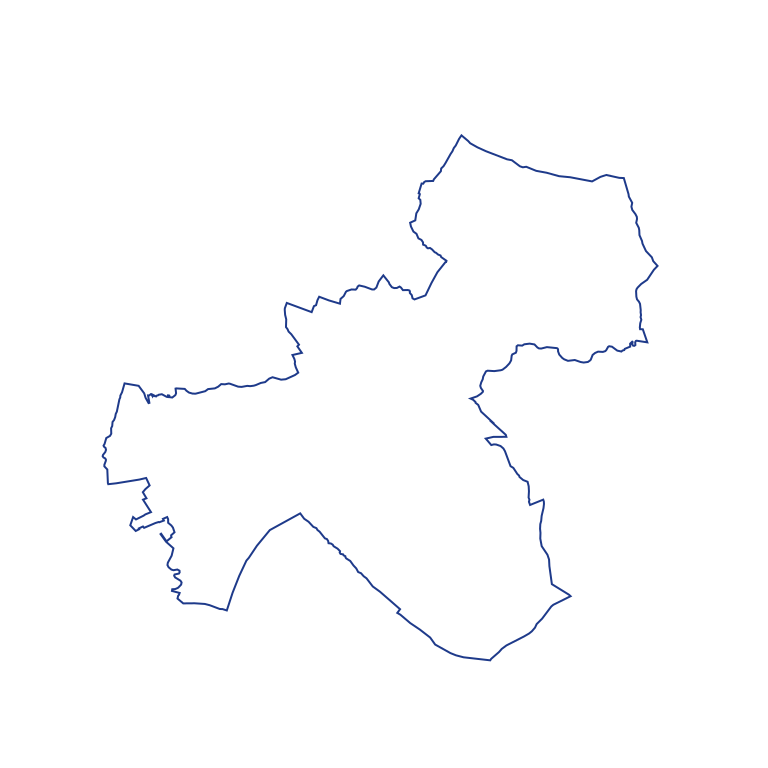 outline of Gherla, Cluj, Romania, rotated 199°
{"feature_id": "2599482B28872451639658", "entity_name": "Gherla", "entity_type": "district", "adm_level": 2, "iso_a3": "ROU", "parent_name": "Romania", "parent_adm1": "Cluj", "projection": "robinson", "projection_center": [23.886, 47.009], "detail": "fine", "context": "isolated", "style": "outline", "palette": "blue", "viewbox_px": 768, "rotation_deg": 199, "n_neighbors": 0, "source": "geoboundaries", "source_scale": "gbopen_adm2", "svg_char_len": 6166}
<svg xmlns="http://www.w3.org/2000/svg" viewBox="0 0 768 768"><g transform="rotate(199 384 384)"><path d="M391.7,644.3L392.8,640.3L393.8,632.8L394.8,629.9L395.1,626.2L395.9,623.3L397.8,612.9L398.6,609.4L400.1,606.4L399.5,603.7L403.5,593.7L403.6,592.0L410.6,589.3L411.7,588.1L412.1,586.2L413.7,585.8L413.3,575.6L412.3,575.6L411.9,575.0L411.7,570.9L409.6,569.9L408.0,566.3L408.0,560.4L409.0,555.9L407.7,548.9L411.8,545.0L409.8,541.7L405.8,537.7L402.2,536.6L398.9,532.9L395.5,532.4L393.2,530.6L392.4,528.5L389.9,528.4L389.0,528.0L388.2,527.0L386.6,526.6L384.8,527.6L382.4,526.9L379.0,525.1L377.5,525.0L375.0,524.0L372.4,523.9L371.2,522.6L365.0,520.8L365.0,519.5L365.6,519.2L369.9,507.1L372.0,495.0L373.6,481.3L382.7,473.9L384.9,474.3L386.7,477.1L389.2,478.5L389.7,480.1L390.4,480.7L392.1,480.6L396.7,478.9L399.3,480.7L401.0,481.2L403.1,479.0L405.6,478.0L408.1,478.1L411.5,480.4L412.5,481.7L420.0,486.5L422.4,479.2L422.6,472.7L424.1,470.2L426.0,469.5L433.9,469.7L439.6,469.1L440.6,467.6L440.7,465.8L441.5,464.0L445.5,462.8L449.4,459.8L450.0,458.8L450.7,454.0L452.8,450.3L451.8,445.6L463.3,445.1L473.7,445.4L474.2,441.5L473.9,436.4L475.6,434.8L475.8,428.4L502.3,429.0L502.4,423.3L502.0,421.8L500.0,417.2L497.5,413.3L495.2,405.9L493.0,404.4L491.3,402.5L487.9,400.9L477.2,393.5L478.2,391.4L471.8,386.7L480.0,381.6L476.9,378.5L475.4,376.2L475.0,374.2L472.8,371.0L468.8,366.8L471.1,363.5L478.5,356.5L482.7,354.6L491.6,354.1L494.3,351.7L497.0,347.1L500.8,344.9L504.9,341.2L506.6,340.0L509.8,338.4L512.7,337.7L517.7,334.9L521.1,334.0L529.7,334.1L531.0,333.9L534.3,331.9L537.9,330.9L539.9,327.5L542.5,324.8L548.7,321.9L550.7,319.0L559.0,313.5L561.9,312.6L565.6,312.4L568.6,313.3L570.8,314.5L579.0,312.2L579.6,311.8L577.6,307.6L577.6,306.6L577.7,305.5L579.8,302.3L582.7,301.7L583.2,303.1L583.7,303.2L584.6,302.9L584.2,301.3L585.3,301.1L590.7,302.0L593.5,300.5L594.0,299.7L594.9,299.2L595.5,298.0L598.9,298.5L598.4,297.8L598.9,297.8L598.9,297.1L600.7,298.6L601.2,298.5L602.2,296.8L603.4,296.4L599.7,289.8L600.4,289.3L604.9,293.3L607.7,297.1L615.4,302.4L629.5,300.1L629.0,290.9L629.5,287.2L629.0,285.3L629.2,283.4L627.6,270.9L627.9,268.4L627.4,265.2L627.5,262.1L628.3,259.7L627.3,255.8L627.6,253.3L625.7,248.2L626.2,245.7L629.0,242.5L628.7,236.4L629.1,234.4L628.4,233.6L626.5,232.9L625.4,231.2L625.4,228.9L626.6,225.5L626.5,224.1L625.3,223.2L623.5,222.9L622.4,222.1L622.0,220.9L622.1,216.6L621.6,215.1L617.8,213.1L612.8,200.4L612.1,199.5L604.9,202.9L584.2,214.0L578.3,217.7L572.6,211.8L575.4,206.9L576.8,203.2L571.4,198.6L574.2,196.2L562.6,187.0L567.2,183.0L568.4,181.3L574.4,175.2L577.9,176.5L577.9,167.8L570.9,164.2L568.2,167.0L568.8,167.6L565.5,170.8L564.0,169.9L554.8,178.2L552.2,180.1L551.5,180.1L547.7,183.2L549.1,184.5L545.7,187.6L544.1,185.9L542.9,182.5L539.0,181.0L536.8,179.5L533.8,175.6L536.0,171.7L535.8,170.9L535.0,170.0L538.4,164.4L546.0,169.9L546.4,169.3L538.7,163.9L529.6,160.1L528.9,152.5L530.2,144.7L529.8,142.3L528.0,140.6L524.6,139.3L522.4,139.4L519.0,141.3L516.6,140.9L515.9,139.4L516.2,138.0L520.0,135.7L520.0,134.4L518.5,133.1L512.5,131.8L510.8,130.5L510.5,128.3L511.8,125.4L512.5,124.1L514.7,122.1L517.4,121.0L517.1,119.3L509.2,119.9L509.2,118.0L509.7,116.7L509.4,113.9L502.4,111.2L491.7,115.0L481.8,117.7L476.8,118.1L466.0,117.8L463.4,118.6L458.9,118.7L459.2,137.4L458.4,155.5L456.6,172.2L455.2,175.7L451.5,189.7L444.4,208.7L421.1,234.4L415.6,230.6L410.5,229.2L404.3,225.9L401.0,225.7L399.4,224.3L396.8,223.4L389.6,218.8L387.5,218.8L385.7,217.4L384.6,215.4L382.3,215.9L380.2,215.4L378.8,214.2L374.3,213.2L371.1,211.6L371.0,210.2L369.8,209.2L367.2,209.6L366.4,208.8L364.5,208.6L363.9,207.5L363.0,206.8L358.3,205.7L353.8,202.5L350.2,200.6L347.2,197.8L344.1,197.6L340.6,195.6L337.3,194.6L328.7,188.9L320.2,186.3L295.5,176.3L296.9,171.9L293.4,171.2L281.4,166.5L270.2,163.5L257.8,159.3L250.8,154.3L233.6,151.2L227.6,150.9L219.8,151.5L193.6,157.3L193.2,159.0L188.0,168.0L186.4,171.9L183.1,176.7L169.4,190.9L165.6,195.3L163.7,198.3L161.9,202.8L161.5,206.7L158.1,213.6L153.4,228.1L152.0,230.4L138.5,244.1L140.5,245.0L160.1,249.4L168.3,265.6L170.8,271.8L173.9,275.8L182.1,282.0L185.9,288.7L187.6,294.2L189.3,297.9L190.6,302.4L190.8,305.7L192.0,310.6L192.8,318.6L193.7,322.7L194.6,324.9L195.8,326.5L206.5,317.2L208.6,319.8L208.8,321.9L210.3,323.7L212.0,329.7L213.9,334.4L216.4,338.3L221.1,338.5L225.6,340.2L226.5,341.4L228.6,342.3L234.4,346.8L237.6,347.5L247.7,359.8L250.1,361.9L253.6,363.3L258.2,363.3L260.4,362.7L262.7,361.2L270.0,365.5L263.4,369.6L251.1,373.9L252.3,375.6L266.4,381.6L269.8,383.1L269.1,383.3L283.2,389.5L288.1,394.9L291.3,396.0L291.7,396.8L294.6,398.1L297.4,398.4L292.0,402.6L289.2,406.3L288.0,408.7L288.1,409.6L291.1,411.8L292.4,413.6L292.6,417.2L292.2,420.6L292.6,423.4L291.7,429.1L290.4,430.3L283.9,432.1L278.1,435.0L276.6,436.1L274.1,439.9L272.1,444.4L271.5,447.7L272.5,452.4L272.3,453.8L269.5,456.5L269.5,458.5L270.9,462.8L270.0,464.2L265.8,465.3L264.3,467.2L259.4,469.6L254.6,470.4L250.9,468.5L249.1,468.1L246.9,468.7L242.0,471.9L232.2,474.2L231.3,474.0L230.6,473.2L230.1,471.6L227.9,468.9L224.0,466.7L221.7,466.0L217.6,465.8L211.4,468.8L205.2,468.8L202.2,469.3L198.4,471.2L197.0,473.1L196.4,474.3L196.2,479.4L194.5,482.1L192.1,484.3L187.5,485.6L185.5,487.1L184.9,488.3L184.2,492.1L183.4,493.0L180.6,493.5L174.3,491.5L170.1,492.0L169.4,493.3L167.9,494.3L167.8,495.6L163.4,499.5L164.4,502.3L163.1,504.8L162.6,504.6L162.2,502.2L160.8,501.3L159.6,501.7L159.0,502.7L160.1,505.3L159.8,506.8L159.2,507.2L148.6,509.1L157.1,520.0L159.7,519.2L160.5,520.7L161.5,524.9L161.6,528.5L163.2,530.8L163.4,532.8L164.7,535.3L165.3,537.4L168.0,543.1L169.7,544.8L172.3,546.4L173.8,548.7L175.9,553.9L176.1,555.8L175.6,557.7L173.4,562.3L169.1,568.2L166.0,579.9L163.8,584.7L169.4,587.8L172.0,591.0L179.6,595.0L185.3,600.9L186.6,603.2L190.9,607.9L192.8,612.7L194.0,614.7L198.0,618.5L198.5,622.4L199.4,624.4L201.6,626.5L205.9,629.4L207.8,632.2L208.3,636.1L213.5,640.9L214.6,643.1L224.3,656.8L228.7,655.5L241.9,654.0L246.8,650.3L253.2,643.3L275.3,640.1L286.1,637.5L299.0,636.7L309.5,635.1L320.2,635.7L323.3,634.1L326.4,634.1L335.9,637.2L340.8,636.5L363.4,637.3L372.7,638.2L380.9,639.7L383.4,641.1L391.7,644.3Z" fill="none" stroke="#1e3a8a" stroke-width="2"/></g></svg>